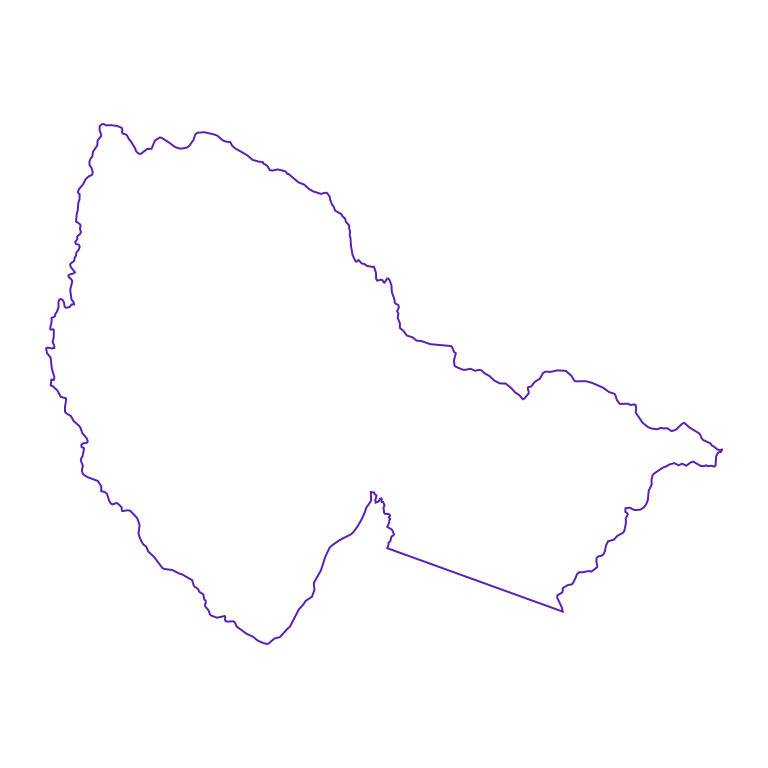 San Luis, Antioquia, Colombia
{"feature_id": "7082276B26769987150825", "entity_name": "San Luis", "entity_type": "district", "adm_level": 2, "iso_a3": "COL", "parent_name": "Colombia", "parent_adm1": "Antioquia", "projection": "robinson", "projection_center": [-74.956, 6.021], "detail": "fine", "context": "isolated", "style": "outline", "palette": "violet", "viewbox_px": 768, "rotation_deg": 0, "n_neighbors": 0, "source": "geoboundaries", "source_scale": "gbopen_adm2", "svg_char_len": 6005}
<svg xmlns="http://www.w3.org/2000/svg" viewBox="0 0 768 768"><path d="M82.2,432.9L87.0,438.8L87.7,441.5L87.0,442.7L83.0,443.4L81.3,445.0L81.6,447.1L83.6,447.9L84.0,448.8L82.6,456.0L80.9,459.1L81.1,461.3L82.9,465.8L81.8,470.7L83.0,474.2L87.2,477.0L97.9,481.0L101.3,486.5L101.2,491.2L104.8,492.0L107.0,494.0L109.5,501.6L110.9,503.6L112.8,504.4L116.1,503.1L117.5,503.3L121.6,507.2L121.9,510.7L122.5,511.1L127.4,510.3L130.2,510.7L137.3,518.2L139.6,525.2L138.5,533.4L139.8,537.8L142.3,543.0L143.4,544.5L146.2,546.6L148.2,551.5L154.1,557.0L162.4,568.0L164.3,569.0L172.3,570.0L179.1,573.5L182.0,574.3L192.3,580.3L193.3,584.6L194.5,586.6L197.8,588.8L199.5,592.0L203.3,594.3L204.2,599.1L205.7,601.1L205.8,603.0L204.9,604.6L205.4,606.7L208.6,610.4L209.8,614.1L210.8,615.4L216.9,617.7L224.8,616.0L225.2,617.1L225.0,619.9L225.6,621.1L227.4,621.6L233.4,621.3L234.9,622.4L236.7,626.6L246.7,633.9L252.6,636.5L257.6,640.5L263.4,643.1L267.3,644.0L268.9,643.3L274.4,638.5L279.9,637.1L287.5,628.7L289.8,626.8L299.0,609.2L303.1,604.8L305.7,600.9L312.0,596.7L314.5,589.7L313.8,584.0L314.1,582.4L320.9,570.4L325.5,556.2L329.6,547.7L332.4,545.1L340.1,539.8L350.9,534.4L353.4,532.1L357.5,526.5L361.5,519.6L364.8,512.4L366.2,507.9L370.8,501.2L371.1,500.0L370.8,492.0L374.2,492.6L374.4,493.8L376.4,495.4L376.1,497.8L375.1,500.2L375.6,501.0L375.6,502.6L378.4,501.6L380.1,498.6L381.4,498.4L381.8,499.4L381.4,501.3L381.8,501.9L383.1,502.0L384.5,505.1L383.5,508.1L384.2,512.9L384.9,513.8L388.5,514.0L389.8,515.0L389.9,515.9L388.8,517.3L390.2,518.9L389.2,520.3L389.3,522.3L387.3,526.9L392.1,529.8L394.0,534.2L393.5,535.3L391.5,536.5L390.3,541.1L388.5,542.8L388.5,544.8L387.3,548.2L562.7,611.6L561.8,607.4L557.1,597.5L557.5,595.2L562.2,592.5L562.8,590.5L562.7,588.5L563.2,587.8L568.0,585.0L571.4,584.5L572.6,583.6L575.4,578.4L576.9,574.3L579.2,572.2L582.5,572.3L588.9,571.0L591.4,571.6L597.1,567.2L597.3,566.1L596.3,561.1L596.6,558.0L597.9,556.6L601.6,555.7L603.6,554.1L604.9,551.2L606.0,545.4L608.1,541.3L613.9,539.7L617.4,535.8L622.8,532.9L624.3,531.1L626.0,522.7L625.7,518.6L627.8,514.5L627.4,513.4L625.3,511.8L625.5,508.2L629.9,507.7L633.3,509.6L635.8,510.1L640.4,509.6L643.9,507.4L646.2,504.2L647.9,499.8L648.7,490.7L651.7,484.6L651.5,479.7L652.6,475.3L654.0,473.6L662.9,467.6L665.6,466.7L669.4,464.5L674.2,463.1L678.5,465.3L682.2,463.7L686.4,465.7L690.7,462.4L693.2,461.6L700.9,466.0L704.0,466.1L706.1,465.3L707.5,466.2L711.4,465.8L714.4,466.6L715.6,465.2L716.1,456.6L717.0,454.4L718.5,452.3L721.0,451.9L721.9,450.3L721.9,449.6L720.1,450.1L717.0,449.3L714.6,447.0L711.9,445.5L710.2,443.3L703.1,440.0L701.3,437.7L700.5,435.3L699.1,433.3L689.6,427.6L684.3,422.9L682.2,423.7L675.8,429.8L672.1,431.0L670.7,430.7L667.6,428.3L663.3,428.4L661.0,427.8L657.1,429.3L651.6,428.5L648.1,427.2L642.6,422.7L636.3,413.5L635.7,412.0L636.2,408.5L635.6,404.9L634.1,404.5L630.4,405.0L628.1,403.7L619.8,403.9L616.9,400.1L615.3,394.9L614.4,393.8L608.8,391.9L603.1,387.7L592.1,382.9L585.7,381.2L575.4,381.3L574.1,380.4L571.7,376.1L565.8,370.8L557.1,370.4L550.6,371.9L545.6,371.6L543.1,372.9L539.9,378.7L534.7,381.9L531.3,386.4L528.1,387.2L527.8,388.7L528.7,391.6L528.6,393.5L524.6,398.3L522.9,399.3L519.0,394.9L515.1,392.4L511.5,388.3L505.7,383.6L499.8,383.4L494.3,380.6L489.6,376.1L484.6,373.3L481.4,370.3L478.9,369.9L474.9,370.8L470.8,368.8L464.5,369.9L462.1,369.5L456.2,366.9L454.6,365.9L453.9,360.8L455.8,353.3L454.1,351.9L452.1,347.2L451.0,346.0L430.4,344.2L421.5,341.1L416.4,340.6L412.7,337.4L406.7,335.5L403.6,331.0L399.9,328.0L399.9,323.3L397.7,317.9L398.4,313.5L397.1,311.1L398.8,307.7L398.6,305.7L398.0,304.7L396.2,304.1L394.8,302.8L394.4,299.3L391.9,292.3L391.4,285.0L389.5,280.0L388.3,278.6L387.2,278.5L384.5,282.7L383.6,282.3L382.6,280.3L381.2,279.7L377.2,280.6L376.1,278.6L376.0,273.0L374.0,266.8L371.4,266.8L366.8,265.8L364.3,264.0L361.8,263.5L358.5,260.0L356.6,261.7L355.5,261.3L352.6,255.0L351.0,246.1L350.5,238.2L349.7,235.4L350.1,231.5L349.2,228.6L349.1,225.4L345.9,221.8L345.0,218.4L342.8,216.6L341.3,214.2L335.0,210.5L333.9,207.0L331.8,204.2L330.1,199.6L329.8,196.9L327.3,193.2L325.4,192.7L320.9,193.9L312.7,191.2L308.9,188.9L304.2,184.6L298.5,182.4L288.6,174.0L287.3,173.9L286.0,171.8L284.6,171.1L277.7,169.4L272.9,170.5L269.8,170.2L267.7,166.5L265.9,164.8L263.4,163.6L262.7,162.0L259.5,161.8L252.6,159.9L247.4,155.4L234.3,147.8L232.0,145.4L230.3,142.1L226.4,141.7L223.1,140.6L217.1,135.5L214.9,134.7L204.3,132.2L197.3,132.8L195.3,134.5L193.4,140.1L189.0,146.1L186.4,147.8L181.2,148.6L178.5,148.3L174.7,146.8L168.4,142.1L162.2,138.2L160.0,137.4L155.0,140.5L151.5,148.8L147.2,149.0L141.0,153.7L139.9,153.9L138.1,153.3L136.0,151.1L135.1,148.3L130.7,141.1L129.1,139.4L127.0,135.4L125.8,134.4L122.5,133.5L122.0,131.6L122.4,130.3L121.7,127.8L117.3,126.0L111.7,125.2L105.9,125.3L103.5,124.0L102.2,124.1L99.7,126.1L99.6,130.2L101.2,134.7L101.1,136.0L97.6,140.5L97.3,145.5L93.0,151.7L92.3,156.5L90.5,158.9L89.5,161.5L89.4,164.6L91.5,168.0L92.7,171.9L92.5,173.9L91.6,175.1L89.2,176.1L86.1,178.6L82.8,184.6L79.0,189.1L77.9,192.0L78.2,192.9L79.6,194.1L79.5,199.5L78.2,203.4L77.8,210.2L76.9,213.3L76.0,221.0L76.5,222.1L78.1,222.7L80.3,224.7L80.6,226.1L79.9,228.2L80.9,232.1L80.3,233.8L77.4,236.2L77.2,239.3L75.1,242.1L75.8,243.8L79.0,244.9L79.7,246.5L78.8,249.5L76.4,252.6L75.9,255.8L74.5,258.2L74.2,260.9L70.8,263.4L70.1,264.5L70.7,267.0L75.0,272.3L73.8,273.3L69.3,274.6L68.4,275.9L68.9,277.2L71.3,279.4L72.3,281.3L70.4,288.9L70.3,290.9L71.5,299.5L73.7,302.4L74.1,304.4L71.5,304.5L69.6,307.0L66.1,307.8L64.6,306.8L64.0,302.4L62.4,299.7L60.8,299.1L59.2,299.6L58.4,302.7L58.5,307.4L56.9,311.8L55.2,314.1L55.2,315.8L54.6,316.6L51.6,317.9L51.7,321.3L50.2,328.1L50.4,329.5L53.4,329.4L53.8,330.2L53.8,336.6L52.6,342.1L54.3,345.6L54.3,348.0L51.6,348.4L47.6,347.6L46.1,348.4L47.0,353.1L50.6,357.6L51.8,368.4L54.4,377.4L53.8,380.0L51.4,379.6L50.7,385.3L52.9,386.3L57.5,390.6L60.7,396.8L65.8,398.2L66.2,399.4L65.0,406.8L65.0,411.8L66.6,413.6L70.8,415.9L73.7,421.1L79.2,425.9L80.5,427.9L82.2,432.9Z" fill="none" stroke="#5b21b6" stroke-width="2"/></svg>